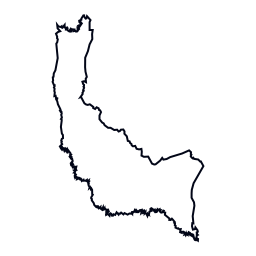 Chum Phae, Khon Kaen, Thailand
{"feature_id": "78962969B27805721585516", "entity_name": "Chum Phae", "entity_type": "district", "adm_level": 2, "iso_a3": "THA", "parent_name": "Thailand", "parent_adm1": "Khon Kaen", "projection": "equal_earth", "projection_center": [102.084, 16.658], "detail": "fine", "context": "isolated", "style": "outline", "palette": "ink", "viewbox_px": 256, "rotation_deg": 0, "n_neighbors": 0, "source": "geoboundaries", "source_scale": "gbopen_adm2", "svg_char_len": 5756}
<svg xmlns="http://www.w3.org/2000/svg" viewBox="0 0 256 256"><path d="M198.0,239.0L197.1,238.8L196.5,237.2L196.8,235.5L197.8,234.9L196.7,233.9L197.2,232.8L196.8,232.3L197.8,231.6L197.5,230.3L195.4,227.4L195.0,229.1L192.9,229.6L192.0,226.2L192.3,223.2L193.4,223.4L192.7,216.1L194.4,205.7L194.0,202.3L191.6,197.8L191.6,193.2L191.8,189.8L193.6,183.2L203.4,166.1L200.9,161.5L200.3,161.6L198.2,159.5L194.2,158.9L193.3,157.8L192.8,158.4L191.6,157.5L190.7,156.2L191.4,154.6L190.8,154.1L191.0,152.2L189.1,150.4L182.1,153.5L170.2,157.1L166.7,159.0L163.4,159.6L162.2,157.9L160.2,160.6L155.6,164.3L154.2,164.5L152.0,163.6L148.2,156.6L143.9,156.8L141.5,155.6L141.8,151.7L141.4,148.9L139.1,149.4L136.6,148.8L135.2,145.9L133.0,146.3L131.7,145.3L131.4,143.9L130.2,143.1L129.6,141.4L127.8,140.9L126.8,136.3L124.4,133.7L124.5,131.4L123.3,129.5L120.9,129.7L119.8,131.1L118.6,131.5L117.1,129.7L114.2,130.0L110.6,127.8L108.1,127.8L104.6,125.2L103.7,123.4L102.1,122.5L99.5,119.2L99.5,115.5L101.0,112.1L100.1,110.3L99.1,110.0L98.6,108.3L96.6,107.3L95.1,109.0L93.2,108.0L93.3,106.9L89.8,104.3L87.7,104.9L86.1,104.5L84.4,103.3L81.0,96.9L80.5,97.1L82.7,93.9L82.4,92.9L83.7,90.8L83.1,90.2L84.1,87.8L83.5,86.7L84.0,86.1L84.0,84.8L83.2,84.1L82.4,81.7L84.1,81.2L86.0,82.2L85.7,78.8L86.8,76.9L85.5,71.7L85.1,67.3L85.2,57.7L87.9,51.2L89.6,44.4L92.3,39.1L92.1,34.1L92.7,30.0L89.6,30.0L89.6,22.1L90.5,20.1L87.0,16.2L86.4,18.4L85.6,18.6L84.1,16.4L84.1,15.4L83.4,15.4L81.3,18.7L81.4,19.7L79.2,20.7L79.3,21.6L80.4,21.3L80.0,22.6L80.4,23.4L81.2,22.8L81.8,23.4L79.5,26.8L78.9,26.8L78.7,25.5L78.0,25.9L79.1,29.0L78.5,29.6L77.6,28.7L77.8,30.7L77.0,31.5L75.9,31.5L75.6,30.8L74.0,31.1L74.4,29.5L72.4,29.3L71.6,31.4L71.0,31.5L71.4,29.3L70.8,28.7L69.1,31.3L67.3,30.1L67.6,28.3L67.3,27.7L65.9,28.9L65.9,27.6L64.6,27.5L64.6,24.9L62.2,27.8L61.6,27.4L61.5,26.4L60.7,27.0L58.4,26.4L57.2,24.8L57.6,28.4L60.2,31.2L58.0,32.0L56.0,33.7L57.2,36.8L57.0,38.1L57.8,39.3L57.2,42.3L56.3,43.7L57.7,58.1L55.4,70.3L53.8,73.4L53.5,76.8L52.8,77.3L53.1,80.6L52.6,81.8L54.0,85.2L54.6,85.2L54.6,86.4L53.9,87.4L54.6,88.8L54.3,91.0L54.8,92.4L54.4,96.1L55.6,95.8L56.0,97.8L57.3,98.3L57.2,98.9L56.2,99.3L57.3,101.4L57.9,104.2L60.3,109.1L60.7,110.4L60.0,110.6L60.7,111.9L61.5,112.0L61.7,113.8L61.2,114.8L61.9,117.4L61.1,118.9L61.6,119.0L61.7,120.6L60.9,126.9L61.9,133.6L62.9,135.0L63.0,138.2L61.8,138.9L61.2,140.8L61.8,141.4L61.4,142.8L62.2,144.1L59.9,146.5L60.7,147.7L60.6,146.4L61.7,146.7L61.3,147.5L61.9,148.3L61.5,147.8L61.0,148.5L62.1,149.8L62.8,149.0L62.6,148.0L63.3,148.1L64.2,150.4L65.0,149.3L65.2,150.7L65.8,149.9L65.2,149.2L65.3,148.4L66.5,148.9L66.8,149.7L67.2,149.0L67.8,150.5L66.7,151.1L67.2,152.5L67.6,152.6L68.4,150.5L70.5,153.3L70.2,154.5L71.0,154.7L69.6,156.6L69.9,157.0L70.7,156.3L70.7,156.9L71.4,157.0L71.0,158.5L71.9,158.8L71.5,159.9L72.2,159.2L72.7,161.0L71.2,162.8L72.4,163.1L72.8,163.9L71.8,163.6L71.2,164.1L71.6,164.6L70.4,165.3L72.2,165.2L72.0,166.6L72.5,165.9L73.1,166.2L72.6,166.7L72.8,167.5L74.4,167.3L74.2,166.0L74.8,167.1L76.3,166.7L75.9,168.5L74.6,168.1L74.9,169.6L75.6,168.7L76.3,170.0L74.1,170.4L75.1,171.4L74.1,172.6L74.9,172.7L75.0,173.9L75.8,174.5L74.7,175.7L74.8,176.6L75.6,175.8L75.6,177.5L76.3,176.8L77.4,177.5L77.1,178.9L78.3,178.1L78.6,176.8L78.6,178.4L79.3,177.9L80.4,178.4L79.7,178.8L79.9,179.4L81.4,179.9L81.8,181.0L83.5,179.8L83.7,180.7L85.4,180.6L85.1,181.2L86.9,179.9L87.0,181.3L88.1,181.9L87.8,181.1L88.6,180.5L88.4,181.2L89.1,181.4L88.1,183.0L88.7,184.0L88.4,184.5L88.8,185.9L89.7,186.9L89.5,187.7L90.1,187.1L90.8,189.1L91.3,188.4L92.1,189.8L92.2,194.2L92.8,194.7L91.2,197.4L91.2,198.4L91.9,199.0L91.8,200.4L93.7,203.0L94.3,205.0L96.2,207.0L97.0,207.3L96.8,206.2L97.6,206.2L97.4,207.0L98.3,206.9L98.8,208.2L100.3,207.0L100.1,208.2L101.5,209.3L101.5,208.3L102.3,208.8L103.0,207.4L103.2,209.8L104.0,209.5L103.8,208.7L104.4,208.0L104.4,208.9L105.0,208.5L105.5,209.4L106.8,209.6L106.5,210.8L108.1,209.8L108.5,210.8L107.5,210.6L106.5,212.0L106.7,212.6L107.6,212.6L106.0,214.1L106.1,214.9L107.8,213.9L109.2,215.4L109.2,214.4L110.5,213.3L111.2,213.8L111.4,215.1L112.0,214.9L111.9,215.6L112.9,215.7L113.7,214.3L115.2,214.9L116.6,212.3L118.6,214.6L119.1,213.5L120.1,213.7L121.1,212.6L123.4,214.4L124.5,213.1L127.6,214.6L129.4,213.5L131.2,213.7L131.5,213.0L132.2,213.8L132.2,213.0L132.8,212.7L132.6,212.0L133.7,211.9L133.5,212.7L134.0,211.5L134.7,211.6L134.9,209.9L136.3,210.7L136.4,212.1L137.2,212.0L137.1,211.2L137.9,212.2L138.5,212.1L138.5,211.1L140.0,210.9L139.9,210.2L141.8,209.8L141.4,212.4L142.7,210.8L143.5,210.6L143.5,211.2L144.4,210.6L144.8,211.6L143.8,212.8L144.6,212.6L144.6,213.3L145.4,212.3L145.3,213.3L146.2,213.8L146.6,212.9L146.4,213.9L147.4,215.9L147.7,214.8L148.1,214.9L147.4,214.1L147.6,213.6L148.4,214.6L149.0,214.4L149.4,211.7L151.1,211.0L150.5,210.5L150.4,208.9L151.3,208.2L152.0,208.6L151.6,209.1L152.0,209.6L152.5,209.1L154.1,210.1L154.6,209.8L154.6,210.7L154.0,210.8L155.2,212.2L156.0,212.1L155.7,210.7L156.6,211.3L156.7,210.4L157.3,210.7L157.6,209.2L158.5,209.9L159.7,209.2L159.8,210.1L160.6,210.1L159.8,211.4L160.9,212.5L161.8,212.6L163.3,210.6L163.8,210.8L163.1,212.1L165.2,212.6L164.9,214.8L169.5,218.6L169.3,219.9L170.7,220.0L171.9,218.7L173.0,219.9L174.8,222.1L174.2,222.8L175.0,223.5L174.8,225.2L175.7,225.9L175.5,227.6L177.6,228.6L178.2,228.3L179.4,229.3L180.7,229.1L180.1,232.2L181.6,232.8L181.6,231.9L183.6,231.7L184.5,232.5L184.1,233.0L185.0,233.3L184.6,234.3L185.0,234.1L185.6,235.1L186.1,233.6L186.3,234.4L187.2,234.8L187.4,233.9L188.4,234.9L188.0,234.0L188.7,232.2L189.5,232.7L188.8,233.3L189.1,234.5L189.8,233.3L191.4,234.1L191.5,234.9L191.1,234.8L191.0,235.4L192.5,236.3L192.8,235.5L193.2,236.4L193.5,235.9L194.2,238.7L194.9,238.6L194.9,239.9L195.8,240.2L196.2,239.4L197.9,240.6L198.0,239.0Z" fill="none" stroke="#020617" stroke-width="2"/></svg>